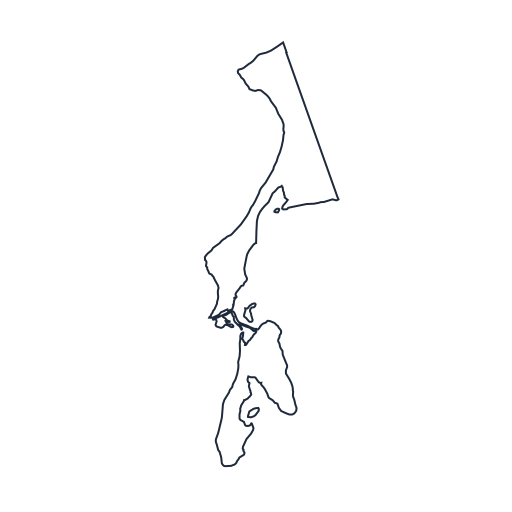 Queenscliffe, Australia, rotated 126°
{"feature_id": "25037944B23801424172448", "entity_name": "Queenscliffe", "entity_type": "district", "adm_level": 2, "iso_a3": "AUS", "parent_name": "Australia", "parent_adm1": "", "projection": "robinson", "projection_center": [144.661, -38.265], "detail": "fine", "context": "isolated", "style": "outline", "palette": "slate", "viewbox_px": 512, "rotation_deg": 126, "n_neighbors": 0, "source": "geoboundaries", "source_scale": "gbopen_adm2", "svg_char_len": 6158}
<svg xmlns="http://www.w3.org/2000/svg" viewBox="0 0 512 512"><g transform="rotate(126 256 256)"><path d="M67.3,359.6L75.4,362.4L81.2,364.7L85.4,367.2L90.0,371.1L91.3,371.9L93.3,372.5L99.9,373.0L102.8,373.8L104.9,374.7L111.3,376.6L113.3,377.8L115.1,379.4L116.2,379.6L117.6,379.1L118.6,377.9L119.0,375.5L120.3,372.8L120.4,370.5L120.8,369.1L122.6,365.6L123.4,361.9L124.8,359.3L124.0,356.2L123.1,354.0L122.5,353.3L120.5,351.9L119.1,349.4L119.5,342.2L119.9,339.9L120.6,337.6L122.1,334.6L124.4,327.1L127.9,321.5L130.5,315.1L133.1,311.3L134.5,310.1L137.2,308.5L138.8,307.1L139.2,306.1L139.6,305.7L141.9,304.9L146.3,302.3L152.4,299.6L158.1,297.6L163.0,296.5L167.4,294.9L173.2,294.0L175.9,292.9L191.0,291.4L198.3,291.8L201.3,291.3L203.1,290.6L212.3,288.9L216.9,288.4L218.3,288.6L221.0,288.3L224.6,287.4L229.3,286.9L239.4,286.8L252.4,288.4L254.0,288.8L257.2,290.7L259.7,291.3L261.9,292.2L264.5,292.8L267.1,293.0L274.5,295.5L277.7,295.3L282.2,296.5L284.8,296.8L287.0,296.7L288.3,295.5L289.1,295.1L289.3,293.6L290.0,292.5L291.1,291.8L293.4,290.7L293.7,290.1L293.9,288.8L295.2,287.8L296.6,285.1L297.3,284.2L297.6,283.3L297.1,281.0L297.6,279.8L297.8,278.3L299.2,275.9L302.2,269.5L303.3,268.1L304.1,267.4L306.5,266.4L308.4,265.1L311.2,262.6L313.2,261.5L316.0,260.5L317.7,259.5L323.5,258.3L325.9,258.4L327.2,257.9L329.5,257.9L331.3,257.2L332.4,257.8L333.4,257.6L331.5,254.9L325.3,251.4L321.9,251.2L319.2,249.4L319.0,249.5L316.0,247.7L316.9,246.3L313.0,243.9L308.9,245.3L309.0,245.8L307.4,246.1L305.3,247.4L303.7,247.7L303.2,247.9L303.0,248.7L302.7,249.0L302.2,248.9L301.6,247.7L300.8,247.6L300.4,247.8L299.5,249.7L298.4,250.3L296.8,250.5L291.7,250.3L289.4,250.4L288.6,250.1L287.3,249.0L284.4,249.7L282.0,249.2L280.5,249.5L279.5,250.0L279.1,250.6L277.2,254.0L273.3,257.9L271.8,258.7L261.7,263.4L259.5,264.2L255.5,264.8L248.6,264.7L246.8,264.4L245.5,263.5L235.9,270.1L227.2,275.8L222.3,277.9L217.9,278.7L214.1,278.7L210.5,278.4L205.1,277.5L195.5,279.4L192.6,278.7L188.4,278.3L187.3,278.1L185.4,276.7L184.2,276.4L184.5,275.8L184.7,274.9L187.4,272.3L188.3,270.7L189.9,269.3L190.5,268.1L191.8,267.2L192.0,263.3L194.7,263.3L199.3,263.7L200.9,263.4L202.3,262.7L202.3,261.4L200.5,259.0L199.7,258.4L198.4,258.3L197.5,257.8L184.3,245.7L179.6,239.8L176.1,236.5L174.1,235.0L172.5,232.9L165.2,227.4L163.8,223.8L162.5,222.8L161.6,222.6L160.8,224.2L87.4,331.2L73.7,351.1L73.3,350.9L67.3,359.6ZM315.9,243.8L318.3,245.4L327.5,250.4L332.2,253.5L332.6,253.5L332.7,253.2L331.1,251.7L331.0,251.3L331.2,250.4L332.1,249.4L335.2,248.4L335.8,247.8L336.2,246.6L335.1,243.0L334.4,241.7L332.7,240.8L330.5,240.7L329.7,240.4L329.4,239.9L328.6,238.2L328.1,234.2L327.6,233.5L326.8,232.8L326.3,232.9L325.8,233.5L325.6,234.9L326.0,236.0L327.5,238.1L327.8,239.6L326.5,242.3L325.9,241.6L325.8,240.1L325.2,239.0L324.6,238.6L324.3,238.9L325.0,241.1L324.9,242.6L324.5,244.0L324.7,246.7L324.6,247.0L323.9,247.4L322.7,246.9L321.5,245.7L317.3,244.1L316.4,243.3L316.4,242.2L318.1,239.5L318.4,238.1L320.6,236.4L321.6,234.5L321.9,233.7L321.9,232.4L322.4,230.6L322.5,228.0L324.1,224.5L323.8,224.3L323.4,224.3L322.8,225.0L321.5,228.5L320.9,229.3L320.6,229.1L319.0,222.8L317.6,218.5L318.1,214.3L317.9,213.5L316.8,212.4L316.7,211.9L317.0,211.3L318.7,211.1L320.2,211.5L321.7,211.6L324.0,211.3L325.1,211.6L327.5,211.5L329.2,212.1L333.5,211.8L334.3,212.2L334.5,212.6L332.5,213.9L332.6,215.2L332.2,216.1L331.6,216.7L331.3,218.2L330.6,218.7L328.4,219.5L325.4,221.3L325.5,221.6L326.7,222.2L328.1,222.3L330.0,221.6L332.5,219.8L336.1,217.9L342.3,213.1L346.8,210.3L352.3,208.1L354.7,206.0L357.3,204.3L362.3,201.9L367.7,200.1L373.1,199.4L376.1,198.2L379.6,198.4L382.4,197.6L391.0,197.0L395.2,195.7L406.0,189.1L408.2,188.0L421.3,182.6L427.8,180.7L429.0,180.0L430.2,179.0L431.3,177.3L435.2,172.5L435.8,170.4L438.8,166.5L440.2,165.0L443.7,161.9L444.4,160.5L444.7,158.8L444.2,157.5L440.4,152.8L437.3,150.8L435.9,150.4L434.4,150.4L433.2,150.8L430.7,150.7L428.8,151.0L424.0,149.0L423.0,149.1L421.8,149.8L421.0,151.8L420.1,152.1L419.7,153.5L418.1,154.4L409.7,156.1L402.4,155.6L398.4,156.1L396.7,156.9L394.2,160.6L394.0,161.2L394.4,161.5L395.7,161.2L396.8,161.4L398.1,162.5L399.2,164.1L399.3,164.8L399.0,165.8L397.3,168.2L397.8,172.2L397.4,173.5L397.0,173.9L393.9,176.2L390.3,177.7L389.1,178.9L385.4,180.2L380.7,180.5L379.5,180.9L379.3,180.4L376.1,178.9L374.5,178.8L373.8,178.5L371.0,178.4L369.7,179.7L369.5,180.4L368.5,181.0L368.1,181.9L365.6,185.2L362.6,186.6L362.6,188.1L361.4,189.9L360.0,190.7L357.9,191.4L357.2,189.0L355.0,186.0L354.7,185.0L356.3,180.3L356.5,179.0L356.0,177.7L355.5,177.2L356.5,176.8L357.0,176.2L358.0,171.9L358.6,170.4L360.7,166.0L362.7,163.2L363.2,161.9L362.9,157.6L363.7,154.6L363.0,152.5L363.0,151.6L365.4,148.3L366.6,144.5L365.6,139.5L364.8,136.4L364.4,135.5L363.0,133.6L361.4,132.7L359.7,132.4L357.5,132.5L355.1,133.9L353.0,136.9L349.7,140.7L348.0,143.3L346.7,144.5L344.0,146.1L343.3,147.0L341.4,148.5L339.9,150.1L337.8,153.1L335.9,156.9L333.5,162.7L330.9,164.6L327.4,165.6L326.2,166.6L320.1,176.4L317.3,178.7L316.1,181.9L315.0,183.6L313.2,185.4L311.9,188.0L311.1,188.6L310.1,189.0L308.2,189.2L306.2,190.3L304.0,190.3L302.1,191.4L301.3,192.7L300.6,195.6L299.7,197.1L299.8,198.7L299.4,200.7L299.4,202.1L300.3,206.0L301.4,208.3L302.1,208.7L304.1,208.9L306.5,210.5L308.0,211.0L310.4,211.2L312.7,211.0L314.5,211.3L314.9,212.1L314.7,212.8L315.7,214.1L316.2,215.5L317.1,219.2L317.4,221.8L319.3,228.5L319.6,231.0L319.0,233.0L318.1,234.8L315.5,238.7L314.6,240.4L314.3,241.7L314.5,242.4L315.9,243.8ZM312.0,227.4L313.0,223.4L313.0,222.6L312.2,221.3L311.2,220.7L310.2,220.9L309.5,221.4L307.0,224.7L305.6,226.1L304.2,228.3L303.6,228.8L302.3,229.3L300.9,229.3L300.0,229.0L298.6,227.5L297.5,227.3L295.6,227.7L295.1,228.3L295.0,228.7L295.5,229.7L297.4,231.1L298.6,231.3L299.8,231.9L303.1,232.0L303.8,232.3L304.7,234.0L306.0,232.7L310.5,231.1L311.8,230.2L312.0,229.4L312.0,227.4ZM381.1,168.2L385.6,170.0L390.0,168.5L390.9,167.9L389.5,165.3L386.9,163.5L385.0,162.9L380.0,162.8L378.8,163.3L377.9,164.1L377.6,164.8L379.1,166.6L381.1,168.2ZM205.3,266.6L206.4,267.2L207.4,267.4L208.7,267.5L209.4,267.1L209.0,265.6L207.8,263.9L205.5,264.2L204.5,264.8L204.5,265.5L205.3,266.6Z" fill="none" stroke="#1e293b" stroke-width="2"/></g></svg>